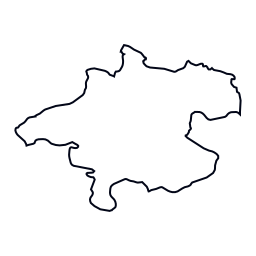 SVG path tracing the border of Oberösterreich
{"feature_id": "AUT-2326", "entity_name": "Oberösterreich", "entity_type": "State", "adm_level": 1, "iso_a3": "AUT", "parent_name": "Austria", "parent_adm1": "", "projection": "natural_earth1", "projection_center": [13.938, 48.12], "detail": "fine", "context": "isolated", "style": "outline", "palette": "ink", "viewbox_px": 256, "rotation_deg": 0, "n_neighbors": 0, "source": "natural_earth", "source_scale": "10m", "svg_char_len": 3851}
<svg xmlns="http://www.w3.org/2000/svg" viewBox="0 0 256 256"><path d="M210.4,69.4L211.9,68.1L212.2,68.5L214.0,70.0L220.3,71.2L223.6,72.4L226.8,73.8L230.5,74.2L232.2,74.7L233.6,75.7L234.6,77.1L234.7,78.5L234.6,79.0L234.3,79.2L232.0,79.1L231.7,79.1L231.5,79.4L231.4,79.8L231.4,81.0L231.2,81.8L231.2,82.9L231.7,84.2L234.0,86.9L236.5,87.7L237.0,91.8L238.9,93.0L239.4,94.2L240.6,100.5L240.0,111.6L240.0,114.4L238.4,112.9L237.2,112.3L236.1,112.0L231.1,112.2L229.3,112.9L227.8,114.1L226.3,116.0L224.9,116.9L210.5,119.9L208.4,119.4L206.7,118.0L204.0,114.7L202.6,113.4L201.1,112.5L199.4,112.0L194.9,111.9L193.5,112.9L192.9,113.2L192.2,113.7L191.9,114.0L191.7,114.2L191.5,114.5L191.3,115.3L190.8,120.4L190.5,121.6L190.0,122.6L189.8,123.3L190.3,127.0L190.4,127.5L190.7,127.8L190.9,128.2L190.9,128.7L190.3,129.5L189.1,130.6L189.0,130.9L188.9,131.2L188.9,131.9L188.8,132.3L187.4,134.5L187.0,134.9L186.5,135.2L185.7,135.4L185.6,136.0L187.4,137.8L203.7,148.3L209.0,150.6L212.2,151.4L214.3,152.4L216.5,153.9L217.5,155.0L218.2,155.9L218.2,158.3L216.4,160.6L215.1,165.3L215.0,168.3L214.8,169.9L213.1,173.0L206.7,177.5L192.2,182.5L191.1,183.8L190.7,184.7L189.6,185.6L187.9,186.4L184.7,187.2L182.2,188.5L177.6,191.4L175.2,192.1L172.2,192.1L170.1,191.6L167.9,190.7L162.3,187.3L161.3,187.1L159.9,187.4L156.2,188.9L151.3,190.1L149.2,191.3L148.6,191.4L148.1,190.1L147.9,189.1L146.8,186.7L142.2,182.1L137.8,182.6L136.3,182.3L133.6,181.4L130.6,180.9L129.2,180.4L126.7,179.2L125.8,179.0L124.7,179.2L114.0,183.9L112.3,185.1L111.0,186.5L110.4,188.3L110.2,189.9L110.0,192.4L110.1,193.7L110.4,195.0L111.2,196.4L112.3,197.6L113.6,198.9L114.4,199.9L115.3,201.7L115.8,203.8L115.8,205.5L115.5,206.9L115.1,207.4L114.7,207.8L112.2,209.7L111.9,210.2L110.6,210.5L109.7,210.9L100.3,209.3L94.5,206.1L90.9,203.0L90.2,201.2L90.0,199.3L90.5,197.6L92.1,195.4L92.6,194.4L92.9,193.0L92.6,191.9L91.0,189.4L94.7,179.6L94.2,178.5L93.4,177.3L90.9,177.1L88.8,176.3L87.9,175.8L87.3,175.4L87.0,174.9L86.5,174.0L86.7,173.4L87.4,172.9L91.4,172.7L93.0,172.5L94.2,171.1L91.9,169.3L73.7,165.8L72.1,164.9L71.2,163.8L70.7,162.7L69.5,158.0L69.2,156.3L69.1,154.6L69.4,151.0L69.6,149.5L69.9,148.4L70.3,147.7L70.8,147.4L71.5,147.3L74.2,148.0L75.7,148.1L77.1,147.8L78.1,146.8L78.2,145.8L77.3,144.9L76.4,144.4L75.4,143.9L72.3,142.1L65.4,144.8L59.6,145.4L55.8,145.0L51.8,143.8L51.4,143.6L50.9,143.3L47.9,140.6L45.4,139.4L42.9,139.1L38.6,139.3L36.7,139.8L35.5,140.6L34.7,142.5L34.5,143.1L33.2,143.8L28.5,144.9L26.5,145.6L26.2,144.2L24.7,141.3L17.7,135.0L16.7,133.7L15.9,132.2L15.4,130.5L15.6,128.8L16.2,127.9L16.8,127.7L17.5,127.7L18.1,127.5L19.5,125.5L20.0,125.1L24.0,122.7L25.3,121.4L27.1,119.0L28.1,118.1L29.6,117.4L35.2,116.5L35.0,116.2L36.6,115.1L39.8,113.6L43.6,110.5L45.2,109.5L55.7,106.0L69.5,103.9L72.9,102.3L82.8,95.0L84.2,93.0L84.8,90.3L85.0,89.6L85.4,89.0L85.9,88.1L86.1,86.8L85.9,83.2L86.1,82.0L86.6,80.8L87.9,78.4L88.2,77.1L88.0,76.0L87.1,74.7L86.7,72.4L86.4,71.9L86.3,71.4L86.8,70.5L87.8,69.8L91.0,68.8L94.4,68.4L104.8,70.8L106.6,71.6L108.2,72.7L109.7,74.7L113.8,76.2L114.1,76.4L115.0,73.0L115.8,71.6L116.1,71.6L118.2,71.3L119.0,71.0L119.9,70.3L120.3,69.7L122.1,66.6L122.7,64.9L123.0,63.1L123.1,60.9L122.6,56.8L122.8,55.2L124.1,54.2L122.9,53.7L122.4,53.3L121.3,51.5L120.8,51.6L121.0,50.4L124.0,45.1L128.1,46.0L130.0,46.9L131.8,48.1L134.0,49.6L140.8,52.8L141.6,53.6L143.3,55.7L144.0,56.8L144.5,57.2L145.2,57.4L145.8,57.8L146.0,58.6L145.8,59.4L145.4,59.5L144.9,59.4L144.6,59.6L143.9,60.8L143.3,61.0L143.2,61.3L143.6,63.1L144.1,63.8L145.8,65.6L146.6,66.3L150.0,67.5L164.3,68.8L174.2,71.8L175.2,71.7L176.0,71.4L178.0,70.1L183.2,68.2L184.8,66.8L187.1,61.7L188.5,60.9L190.9,63.3L195.0,65.0L196.1,65.3L197.6,65.0L200.6,63.8L202.2,63.7L202.8,64.1L203.0,65.0L203.0,65.8L203.3,66.4L204.1,66.4L205.6,66.0L206.3,66.1L207.4,67.3L207.9,68.5L208.7,69.4L210.4,69.4Z" fill="none" stroke="#020617" stroke-width="2"/></svg>